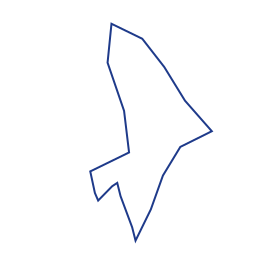 Carriacou and Petite Martinique, orthographic projection, rotated 317°
{"feature_id": "GRD-5069", "entity_name": "Carriacou and Petite Martinique", "entity_type": "Dependency", "adm_level": 1, "iso_a3": "GRD", "parent_name": "Grenada", "parent_adm1": "", "projection": "orthographic", "projection_center": [-61.462, 12.485], "detail": "fine", "context": "isolated", "style": "outline", "palette": "blue", "viewbox_px": 256, "rotation_deg": 317, "n_neighbors": 0, "source": "natural_earth", "source_scale": "10m", "svg_char_len": 394}
<svg xmlns="http://www.w3.org/2000/svg" viewBox="0 0 256 256"><g transform="rotate(317 128 128)"><path d="M187.1,187.5L153.4,177.5L121.1,186.6L89.2,203.1L56.7,215.5L63.3,203.5L76.1,172.7L82.7,160.8L76.7,159.8L56.7,160.7L59.5,152.9L70.8,134.0L112.1,146.6L136.8,112.8L157.6,66.3L187.0,40.5L199.3,72.5L196.1,108.2L188.3,146.9L187.1,187.5Z" fill="none" stroke="#1e3a8a" stroke-width="2"/></g></svg>